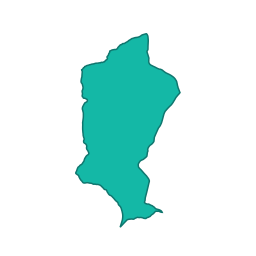 Butula, Western, Kenya (Robinson projection), rotated 295°
{"feature_id": "3690345B92166802171620", "entity_name": "Butula", "entity_type": "district", "adm_level": 2, "iso_a3": "KEN", "parent_name": "Kenya", "parent_adm1": "Western", "projection": "robinson", "projection_center": [34.286, 0.344], "detail": "fine", "context": "isolated", "style": "filled", "palette": "teal", "viewbox_px": 256, "rotation_deg": 295, "n_neighbors": 0, "source": "geoboundaries", "source_scale": "gbopen_adm2", "svg_char_len": 5777}
<svg xmlns="http://www.w3.org/2000/svg" viewBox="0 0 256 256"><g transform="rotate(295 128 128)"><path d="M165.4,62.8L164.9,62.8L164.3,62.7L163.8,62.2L163.3,62.2L162.4,62.0L161.8,61.8L161.2,61.4L160.6,61.8L160.3,62.3L159.6,62.8L158.2,63.3L157.4,63.6L156.1,64.1L155.2,64.5L153.0,64.9L152.5,65.1L151.9,65.2L150.5,65.7L149.8,66.1L149.2,66.7L149.0,67.3L148.7,67.8L146.4,69.7L145.8,70.1L145.0,70.4L144.3,70.6L143.4,70.7L142.5,70.7L141.9,70.9L141.2,71.3L140.4,71.9L139.7,72.3L139.2,72.5L138.5,72.6L137.7,72.9L137.1,73.4L136.9,74.2L136.3,74.9L136.4,75.6L136.7,76.4L136.7,77.4L136.6,78.3L136.6,78.9L136.2,79.3L135.6,79.6L135.0,79.7L134.3,79.6L133.5,79.0L132.8,78.4L131.9,78.2L131.1,78.1L129.3,78.0L128.5,78.0L127.7,78.0L126.9,78.2L126.1,78.5L125.5,78.9L125.1,79.3L124.5,79.8L123.7,80.4L123.0,81.0L122.3,81.4L121.6,81.7L120.8,82.1L119.7,82.6L119.0,82.9L118.2,83.2L117.3,83.5L116.0,83.9L114.5,84.4L113.7,84.6L112.6,85.2L111.8,85.6L109.7,86.5L108.2,87.2L107.4,87.6L104.8,89.1L103.7,89.8L102.5,90.4L101.1,91.5L100.1,92.5L99.5,93.0L98.9,93.1L98.0,93.1L97.3,93.3L96.6,93.7L96.1,94.2L95.9,94.8L95.7,96.3L95.4,96.9L95.1,97.4L94.5,98.0L93.6,98.5L92.7,98.7L92.1,99.0L91.6,99.4L91.1,100.0L90.6,101.0L90.0,101.7L89.3,102.5L88.6,103.2L88.0,103.3L87.3,103.2L86.8,103.0L86.2,102.6L85.4,102.2L84.7,102.0L83.1,101.8L82.4,101.7L81.5,101.7L80.8,101.8L79.9,102.0L78.9,102.0L78.0,101.8L77.1,101.7L76.1,101.5L75.5,101.4L75.0,101.1L74.5,100.6L73.9,100.3L72.4,99.9L71.9,99.6L71.3,99.3L69.8,99.3L68.9,99.4L67.8,99.5L66.9,99.6L65.7,99.5L64.7,100.0L64.5,101.0L64.3,101.7L64.2,102.6L63.9,103.4L63.3,104.0L62.8,104.5L62.3,105.1L61.4,106.4L61.0,107.0L60.7,107.7L60.4,108.5L60.0,109.3L59.6,110.0L59.4,110.7L59.6,111.4L59.9,112.2L60.5,113.0L61.1,113.9L61.4,114.6L61.6,115.3L61.7,116.0L62.4,118.1L62.5,118.9L62.4,120.2L62.7,121.0L63.2,121.8L63.4,123.0L63.8,123.9L64.1,124.5L64.3,125.6L64.4,126.7L64.3,127.5L64.1,128.2L63.4,130.1L63.1,131.0L62.6,131.9L62.4,132.8L62.6,133.6L62.7,134.4L62.4,135.0L61.9,135.6L61.4,136.0L61.1,136.6L60.0,138.2L59.6,139.1L59.4,140.0L59.5,140.9L59.4,141.9L58.8,143.3L58.5,144.1L58.2,144.9L57.4,146.4L57.0,147.6L56.6,148.5L56.5,149.2L56.3,150.1L55.7,150.7L55.1,151.2L54.5,151.8L54.2,152.4L53.9,153.3L53.5,154.3L53.0,155.0L52.5,155.6L52.1,156.0L51.5,156.5L49.9,157.9L48.3,159.1L47.4,159.7L45.9,160.5L44.4,161.1L42.5,161.7L39.9,162.1L34.8,162.8L40.3,164.6L44.1,165.9L44.8,166.3L45.9,167.7L46.2,168.3L47.0,169.6L47.6,171.4L48.0,171.9L48.7,172.3L49.3,172.7L49.9,173.3L51.0,174.2L51.2,174.9L51.4,175.6L51.7,176.3L52.1,176.9L52.4,177.6L52.6,178.3L52.8,179.2L52.9,180.8L53.2,181.6L53.5,182.4L54.2,182.8L54.9,183.2L55.5,184.0L56.3,184.6L56.9,185.2L57.5,185.5L58.2,185.7L58.8,185.9L59.8,186.4L60.9,187.1L61.4,187.3L62.0,187.5L62.8,187.7L64.1,188.2L64.6,189.0L65.0,190.0L65.5,190.7L65.6,192.7L65.7,193.8L66.0,194.6L66.6,193.9L67.0,192.8L67.1,191.4L67.0,190.3L66.6,188.1L66.6,187.0L66.8,186.4L67.2,185.7L67.4,184.9L67.6,183.6L67.8,182.7L67.7,181.7L67.7,180.6L67.8,179.7L67.8,179.0L67.4,178.1L67.1,177.3L67.0,175.7L67.5,174.4L68.3,174.2L69.1,174.1L69.8,174.0L70.8,173.6L72.2,173.1L72.9,173.0L77.2,172.2L83.6,170.9L87.4,170.1L88.2,170.0L89.1,169.7L90.2,168.7L90.7,168.0L91.4,166.8L91.8,166.0L92.3,165.2L93.7,161.7L95.1,158.6L95.5,157.7L96.2,155.7L96.9,154.2L97.5,153.7L98.5,153.1L99.2,152.7L99.8,152.6L101.2,152.6L102.3,152.8L102.9,152.9L103.6,153.2L104.4,153.7L105.5,154.7L106.2,155.2L107.3,155.8L109.3,156.7L110.2,157.0L110.9,156.9L111.8,156.6L112.9,156.3L113.6,156.0L114.8,155.8L115.5,155.8L116.0,155.5L116.6,155.1L117.3,154.8L118.0,154.7L119.1,154.7L120.2,154.9L121.1,155.1L121.9,155.4L122.8,156.0L123.5,156.3L124.0,156.6L126.1,157.1L127.0,157.1L128.1,156.7L129.6,156.2L130.4,155.9L131.0,155.8L134.5,155.7L140.7,155.6L141.3,155.7L142.2,155.9L143.1,156.1L144.1,156.2L145.9,156.2L146.6,156.2L147.4,156.1L149.4,155.8L152.7,155.2L154.4,154.9L156.2,154.6L157.9,154.6L158.7,154.6L159.8,154.9L161.9,155.5L163.5,156.0L165.7,156.8L167.4,157.5L170.0,158.0L171.1,158.1L173.8,158.4L175.2,158.5L175.8,158.5L176.8,158.8L178.5,159.2L180.1,159.7L181.2,160.0L182.0,160.2L184.4,157.7L185.1,157.0L185.7,156.3L186.2,155.9L186.8,155.5L187.5,154.8L188.3,154.3L188.8,153.9L189.3,153.5L190.0,153.0L190.6,152.5L191.0,152.1L191.4,151.5L192.5,149.8L193.0,148.6L193.3,147.7L193.6,146.2L193.8,145.1L193.9,144.1L194.0,143.0L194.0,142.3L194.0,139.4L194.1,138.6L194.2,137.8L194.4,136.9L194.7,135.6L195.0,134.6L195.0,133.8L195.0,133.1L194.9,132.4L194.6,131.7L194.5,130.2L194.5,128.2L194.6,127.5L194.6,125.8L194.6,124.4L194.7,121.9L195.0,120.7L195.5,120.0L196.0,119.4L196.7,118.8L197.6,118.5L198.5,118.0L199.5,117.7L200.3,117.3L203.2,114.7L204.8,113.2L205.6,112.8L206.6,112.9L207.3,112.9L207.8,112.8L210.7,111.5L215.1,109.7L216.2,109.2L218.3,108.0L219.6,107.2L220.2,106.6L220.8,105.8L221.2,105.0L220.9,104.4L219.7,103.0L218.8,102.0L218.2,101.4L217.5,100.9L216.7,100.6L215.9,100.0L215.2,99.4L214.3,98.5L214.0,97.8L213.4,97.2L213.0,96.3L212.5,95.8L212.0,95.2L211.4,94.7L210.9,93.9L210.3,93.5L208.7,92.5L207.4,91.6L206.5,91.3L206.0,91.0L205.5,90.6L204.8,90.1L204.1,89.6L203.3,89.2L202.8,88.6L202.4,87.7L201.8,87.2L201.2,87.1L200.6,86.6L200.3,86.1L199.6,85.7L198.9,85.6L198.3,85.3L197.5,85.1L196.7,84.8L196.0,84.9L195.2,84.6L194.5,84.4L193.9,83.6L193.5,82.7L193.2,82.3L192.8,81.7L192.4,81.2L192.1,80.7L191.4,80.1L190.6,79.5L190.1,79.0L189.5,79.1L188.7,79.4L187.5,79.2L186.8,79.2L186.2,79.3L185.5,79.4L184.8,79.2L183.9,78.9L183.2,79.1L182.8,79.6L182.3,80.0L181.7,80.0L181.1,79.9L180.5,79.5L179.6,79.0L178.8,78.9L178.0,78.6L177.4,77.8L176.6,77.2L176.4,76.3L175.9,75.7L175.2,75.2L174.9,74.3L174.2,73.6L173.8,72.7L173.3,71.9L173.0,71.3L172.5,70.7L171.9,70.1L171.4,69.5L171.0,68.8L170.5,68.1L169.8,67.4L169.1,66.5L168.5,65.9L167.5,64.7L167.1,64.2L166.6,63.8L165.9,63.5L165.4,62.8Z" fill="#14b8a6" stroke="#0f766e" stroke-width="1.5"/></g></svg>